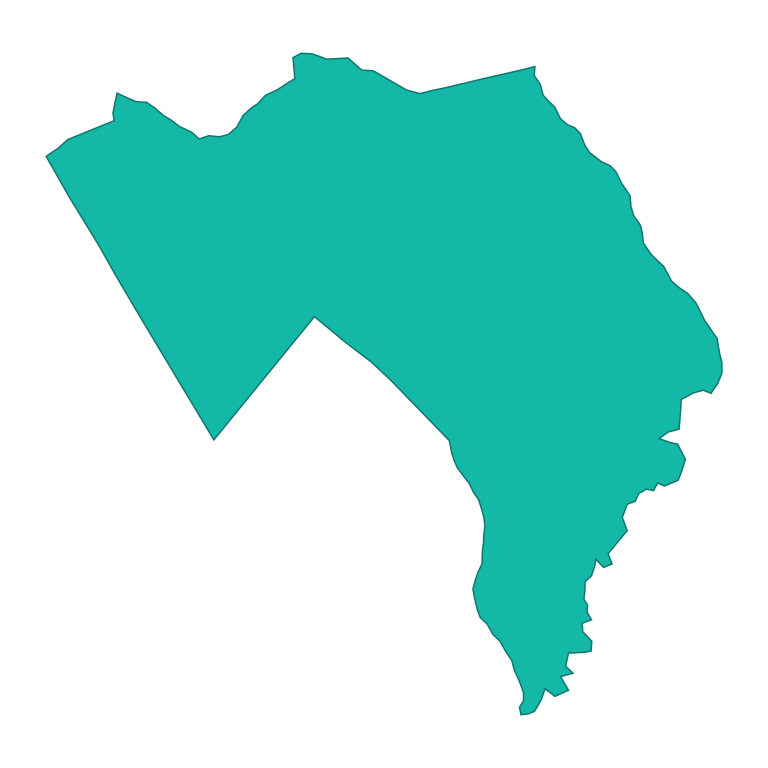 Perobal, Paraná, Brazil
{"feature_id": "56859067B55216023447862", "entity_name": "Perobal", "entity_type": "district", "adm_level": 2, "iso_a3": "BRA", "parent_name": "Brazil", "parent_adm1": "Paraná", "projection": "orthographic", "projection_center": [-53.337, -23.957], "detail": "fine", "context": "isolated", "style": "filled", "palette": "teal", "viewbox_px": 768, "rotation_deg": 0, "n_neighbors": 0, "source": "geoboundaries", "source_scale": "gbopen_adm2", "svg_char_len": 2216}
<svg xmlns="http://www.w3.org/2000/svg" viewBox="0 0 768 768"><path d="M521.0,714.7L528.5,713.8L534.6,711.2L541.2,699.9L545.0,688.7L555.0,696.4L568.5,690.2L564.5,683.3L560.6,676.6L573.0,673.2L565.6,666.2L568.5,653.1L584.1,652.3L591.1,651.1L591.8,641.3L582.7,631.6L582.3,623.2L591.5,619.7L587.1,612.3L587.5,605.0L583.9,599.1L584.8,591.7L585.1,581.8L591.4,575.9L594.7,566.2L595.7,559.1L603.5,567.4L612.0,564.0L608.1,553.7L617.6,542.1L627.2,530.6L622.3,517.4L627.3,504.2L635.4,501.1L638.6,493.7L646.3,489.1L653.5,490.6L657.7,482.9L664.4,486.0L678.2,480.2L681.8,470.8L685.4,459.3L677.6,444.1L670.5,442.6L659.2,438.6L668.0,432.1L679.1,429.1L680.5,412.4L681.2,399.5L693.5,392.9L703.1,390.2L711.0,393.3L717.6,383.7L721.9,373.3L721.9,362.4L719.9,354.7L718.3,346.4L717.2,338.7L713.1,332.9L709.1,326.7L704.6,320.5L700.0,310.9L696.0,303.0L687.9,293.6L678.8,287.4L671.6,281.2L667.4,273.2L663.6,266.3L657.9,261.1L651.2,254.5L643.3,243.0L642.3,232.9L640.4,225.2L633.8,215.8L630.9,206.5L630.2,196.0L621.8,183.6L616.1,172.0L610.3,165.8L601.2,161.6L589.5,152.5L584.5,144.5L580.4,133.6L574.6,127.7L567.5,124.7L560.5,118.8L554.7,106.9L548.3,101.0L543.1,95.1L540.3,84.4L534.2,75.5L534.9,66.6L517.8,70.8L484.2,78.5L443.5,88.2L433.9,90.1L420.0,93.6L406.6,90.1L373.3,70.8L361.8,70.1L348.0,58.0L326.8,59.2L312.2,53.8L301.1,53.3L293.0,57.6L294.8,78.6L286.0,84.0L277.1,89.9L265.5,95.3L257.7,103.8L251.3,108.0L243.2,115.4L236.8,127.1L228.3,134.5L219.4,136.8L208.8,135.7L199.1,139.0L191.6,132.2L179.3,126.4L171.2,120.2L163.0,115.2L155.6,108.6L146.7,102.4L135.9,101.6L124.7,96.7L117.1,93.1L114.7,103.9L113.0,113.1L114.1,120.7L67.7,139.6L57.7,148.6L46.1,156.3L69.5,197.5L94.4,238.1L100.8,248.9L115.7,275.4L140.5,317.5L213.9,439.9L295.4,339.9L305.3,327.9L314.4,316.6L344.2,341.3L371.6,362.3L390.6,380.1L449.4,440.7L451.7,452.9L454.1,460.3L457.3,467.7L463.7,476.3L469.3,483.6L473.6,492.5L478.6,499.6L481.3,508.1L483.9,517.3L484.9,525.9L483.8,534.8L483.5,542.2L482.4,551.4L482.0,563.9L477.9,572.4L475.3,580.1L472.9,589.0L474.7,598.7L477.5,610.3L480.4,617.7L487.0,623.9L493.0,634.5L499.8,641.0L505.7,651.5L511.8,660.5L514.3,670.0L519.5,681.6L523.5,692.6L523.5,700.6L519.5,707.3L521.0,714.7Z" fill="#14b8a6" stroke="#0f766e" stroke-width="1.5"/></svg>